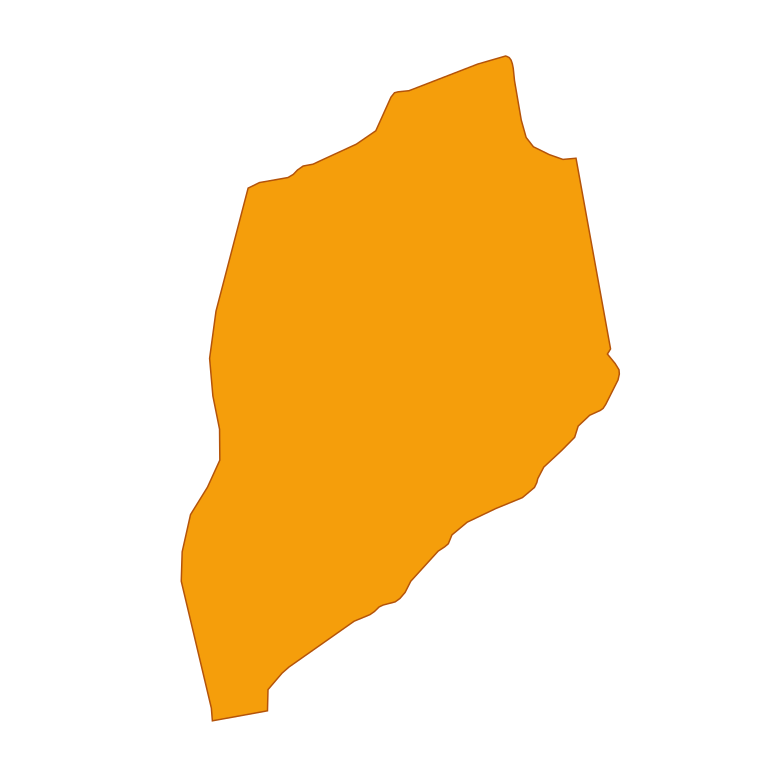 outline of Zou, rotated 260°
{"feature_id": "BEN-2178", "entity_name": "Zou", "entity_type": "Department", "adm_level": 1, "iso_a3": "BEN", "parent_name": "Benin", "parent_adm1": "", "projection": "mercator", "projection_center": [2.113, 7.272], "detail": "fine", "context": "isolated", "style": "filled", "palette": "amber", "viewbox_px": 768, "rotation_deg": 260, "n_neighbors": 0, "source": "natural_earth", "source_scale": "10m", "svg_char_len": 1103}
<svg xmlns="http://www.w3.org/2000/svg" viewBox="0 0 768 768"><g transform="rotate(260 384 384)"><path d="M82.4,212.5L82.1,156.5L94.8,157.7L225.0,150.1L253.8,156.1L289.0,170.8L313.1,192.3L337.5,209.1L368.0,214.2L402.0,213.4L439.5,216.7L484.9,231.2L600.5,284.2L604.0,296.3L604.0,325.3L606.2,331.1L609.8,336.0L612.7,342.2L612.8,352.3L614.9,360.0L625.0,398.4L634.8,419.9L665.3,440.7L669.0,444.9L669.3,448.6L668.5,459.5L682.8,531.8L685.9,560.7L685.7,561.1L685.2,562.0L683.7,564.0L680.9,565.4L677.1,566.0L672.4,566.1L660.1,565.2L620.1,565.0L602.1,566.8L591.7,572.3L581.2,586.6L574.1,599.2L573.0,612.3L379.2,613.2L374.7,609.2L364.0,615.2L357.2,617.9L353.0,617.5L347.4,615.2L325.4,598.8L321.9,595.5L320.5,592.6L317.5,581.1L308.8,567.9L298.4,562.5L287.9,547.7L274.4,526.9L264.1,519.0L260.4,517.4L256.0,514.2L248.1,500.6L241.9,472.3L233.5,442.0L223.6,424.7L215.5,419.6L213.1,415.5L210.0,408.3L185.1,376.1L175.1,368.6L170.0,362.4L167.5,357.2L166.5,344.9L165.3,340.5L161.6,335.1L159.3,330.1L155.6,313.4L121.8,241.3L116.9,233.3L103.2,216.7L82.4,212.5Z" fill="#f59e0b" stroke="#b45309" stroke-width="1.5"/></g></svg>